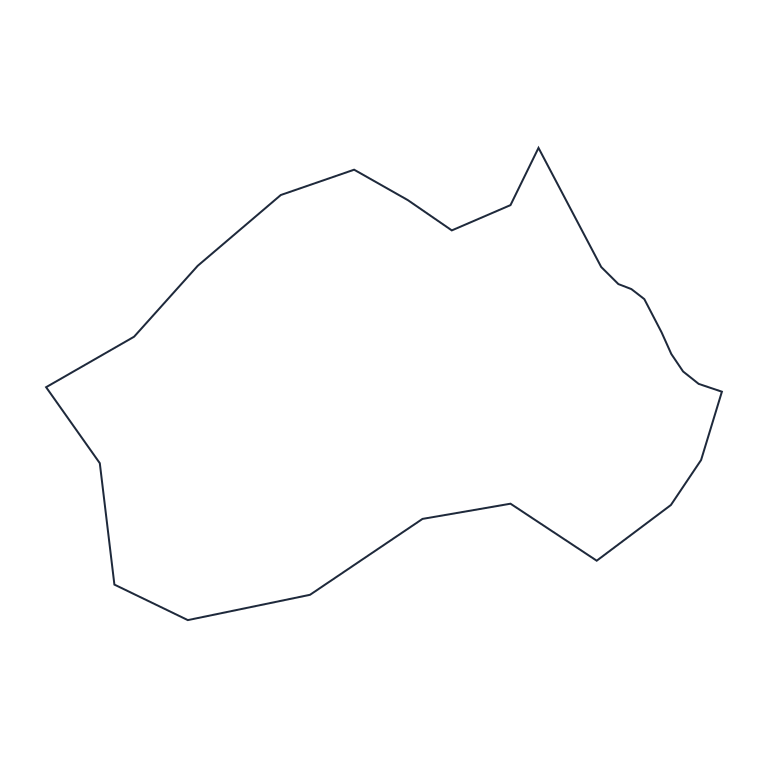 outline of São Domingos
{"feature_id": "CPV-5051", "entity_name": "São Domingos", "entity_type": "state/province", "adm_level": 1, "iso_a3": "CPV", "parent_name": "Cabo Verde", "parent_adm1": "", "projection": "albers", "projection_center": [-23.501, 15.012], "detail": "fine", "context": "isolated", "style": "outline", "palette": "slate", "viewbox_px": 768, "rotation_deg": 0, "n_neighbors": 0, "source": "natural_earth", "source_scale": "10m", "svg_char_len": 461}
<svg xmlns="http://www.w3.org/2000/svg" viewBox="0 0 768 768"><path d="M538.5,147.9L601.2,267.0L618.4,284.1L631.4,289.1L644.3,299.1L661.6,332.4L671.3,354.0L683.1,371.5L698.7,383.9L721.9,391.7L701.1,460.0L670.9,505.0L596.7,560.7L510.5,503.7L422.5,518.9L310.0,594.8L187.8,620.1L114.4,584.6L99.8,463.2L46.1,387.2L134.1,336.7L197.7,265.8L280.8,195.0L354.1,169.7L407.8,200.1L451.8,230.4L510.5,205.1L538.5,147.9Z" fill="none" stroke="#1e293b" stroke-width="2"/></svg>